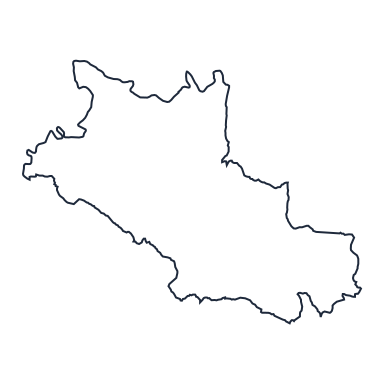 Manka, Leribe, Lesotho
{"feature_id": "5366337B27297723813", "entity_name": "Manka", "entity_type": "district", "adm_level": 2, "iso_a3": "LSO", "parent_name": "Lesotho", "parent_adm1": "Leribe", "projection": "orthographic", "projection_center": [27.816, -28.974], "detail": "fine", "context": "isolated", "style": "outline", "palette": "slate", "viewbox_px": 384, "rotation_deg": 0, "n_neighbors": 0, "source": "geoboundaries", "source_scale": "gbopen_adm2", "svg_char_len": 5889}
<svg xmlns="http://www.w3.org/2000/svg" viewBox="0 0 384 384"><path d="M320.7,317.0L321.7,313.9L322.6,312.5L324.6,311.5L329.9,312.8L330.9,312.1L331.9,310.8L332.2,309.7L332.6,308.1L332.6,305.5L333.9,304.0L336.8,301.7L344.1,299.6L343.8,298.0L342.5,295.9L342.8,294.0L344.1,294.0L346.0,295.1L350.1,295.7L352.0,296.5L353.6,296.8L355.0,296.8L355.0,294.2L356.3,293.8L357.9,293.8L359.2,292.1L361.0,288.6L360.0,287.6L358.6,287.6L357.3,287.2L356.7,285.9L355.3,284.4L356.3,282.0L355.0,281.6L354.0,280.8L353.4,279.7L353.0,278.0L353.7,275.0L355.3,273.8L357.6,268.4L357.6,266.9L358.3,263.9L358.3,258.8L357.6,256.7L357.0,255.4L353.4,252.7L351.8,251.0L351.0,250.1L350.8,248.6L351.0,244.8L354.1,237.6L352.0,234.5L349.0,234.3L344.7,234.9L343.5,233.7L341.8,233.7L340.5,232.7L339.5,233.4L316.1,231.9L313.2,230.8L312.7,229.4L309.6,227.0L308.4,225.8L306.6,225.8L302.0,227.3L299.6,227.2L295.7,228.6L293.7,228.4L291.4,226.3L288.0,220.7L287.7,219.2L286.8,218.0L286.2,214.1L286.9,212.6L287.4,209.5L287.2,207.7L287.4,203.4L287.8,201.2L288.5,200.0L288.7,197.1L287.5,194.0L288.1,190.3L287.7,188.6L287.5,183.8L287.8,182.6L286.2,182.6L284.5,183.1L283.2,184.3L281.9,184.6L280.2,187.1L277.9,187.2L275.9,188.2L274.5,187.9L269.6,184.6L266.0,183.5L264.3,182.4L262.8,182.4L261.4,181.9L259.8,180.9L258.4,179.5L256.1,180.7L254.8,180.7L253.2,180.0L252.4,179.0L251.2,179.0L250.1,178.4L249.5,176.9L248.3,176.9L246.2,176.4L244.3,175.4L242.0,168.6L240.6,166.5L239.4,165.9L237.0,163.0L234.1,163.0L232.4,162.2L231.8,160.7L230.4,160.7L228.7,161.6L226.8,165.2L226.1,161.4L224.7,161.2L222.1,162.2L222.1,160.0L225.4,156.0L226.7,155.5L228.6,151.6L228.7,147.1L227.8,145.5L228.8,142.1L227.5,141.1L226.1,138.6L225.5,135.4L225.5,132.9L225.2,130.9L226.1,126.9L225.8,125.3L226.1,120.2L226.7,115.5L226.4,114.0L226.7,107.2L225.9,105.9L225.7,104.1L227.1,95.8L229.1,87.4L229.1,85.8L227.5,84.8L225.8,84.6L223.3,81.9L222.8,75.4L221.7,72.8L220.4,71.0L219.7,70.7L215.9,71.0L213.8,72.1L213.4,73.0L214.0,75.9L213.9,78.1L214.8,79.6L214.8,81.3L214.1,82.4L212.4,83.9L207.3,86.8L204.0,91.1L202.6,91.7L200.4,91.2L199.3,90.3L196.9,85.3L194.9,82.6L191.8,76.4L190.4,74.5L188.2,72.3L187.2,71.6L186.8,71.6L186.2,73.8L186.1,76.6L186.5,80.4L186.9,81.4L189.5,85.2L189.8,86.1L189.5,87.3L188.5,87.6L184.7,86.7L182.6,87.3L181.7,88.3L181.1,89.5L178.4,92.0L178.6,92.6L174.0,96.7L171.2,100.0L169.2,101.7L167.2,102.0L163.0,100.8L158.9,97.9L156.1,95.4L154.5,95.0L151.5,95.4L149.6,96.7L147.4,97.6L140.2,97.4L134.3,93.8L133.1,92.7L131.4,91.8L130.5,90.8L130.4,89.9L130.7,88.8L132.9,86.0L133.4,84.3L133.0,81.7L132.2,81.3L129.3,81.2L127.7,81.9L124.6,82.3L122.9,82.2L121.8,81.6L119.8,79.9L117.5,79.2L113.6,79.0L107.9,77.4L104.8,75.7L103.1,72.6L101.3,71.1L98.0,69.5L95.9,67.3L90.3,64.4L89.0,63.0L86.9,61.6L84.3,61.0L79.8,61.3L76.0,60.7L74.2,61.0L73.4,61.8L73.1,63.8L73.9,67.3L73.7,71.1L74.8,77.0L75.1,80.3L77.0,82.7L78.2,87.3L79.3,88.4L83.2,86.8L85.7,87.1L86.3,87.4L88.2,88.8L90.2,91.0L92.9,95.1L92.8,96.9L91.7,101.8L91.2,107.2L89.1,110.6L87.9,111.9L86.9,114.7L85.2,117.8L82.9,120.3L80.0,122.5L78.1,124.5L78.3,125.6L78.8,126.0L85.5,129.4L85.9,130.2L85.7,131.1L84.1,133.4L83.4,136.2L82.7,136.8L79.1,137.5L71.2,137.1L68.9,137.4L65.2,137.3L64.5,136.9L63.9,135.6L64.1,133.4L63.8,132.1L60.0,128.0L59.3,127.4L58.1,127.0L57.2,127.7L56.9,128.4L57.1,130.5L59.0,132.5L61.3,134.5L62.4,136.4L62.5,137.2L62.3,137.8L61.6,138.4L58.1,138.8L57.4,138.8L55.3,136.6L52.2,131.5L51.1,130.9L50.4,131.2L47.7,136.5L45.5,142.1L43.6,143.0L39.0,144.2L37.2,145.8L36.5,147.1L36.1,149.4L36.0,151.4L35.2,152.7L34.4,152.9L32.6,152.5L28.7,149.9L27.4,150.5L27.0,152.6L27.5,154.4L28.7,155.3L30.9,156.0L31.4,156.6L31.6,158.1L31.3,162.6L30.4,163.9L29.1,164.1L25.5,163.9L24.4,164.7L24.0,165.7L23.9,168.6L23.0,173.9L23.4,175.4L24.6,176.6L27.3,178.6L29.6,179.7L29.6,176.9L30.9,176.5L34.9,176.7L35.9,176.4L36.2,174.5L39.5,175.6L42.8,175.6L44.7,176.5L47.4,176.7L50.0,176.0L51.7,176.0L54.3,178.8L54.0,180.3L54.3,181.6L55.0,182.8L54.3,184.2L55.7,184.9L55.7,186.1L57.6,186.7L57.0,188.6L57.0,190.1L59.0,194.6L60.0,195.9L63.3,198.3L64.6,200.1L66.6,202.0L67.8,202.7L73.8,204.1L79.1,199.2L81.0,199.5L84.0,200.6L86.7,202.5L88.0,202.7L89.3,203.9L90.6,204.2L92.6,205.8L94.2,206.1L94.6,207.4L98.5,209.8L101.2,212.9L103.8,213.6L105.8,215.5L107.7,215.9L113.0,222.3L114.1,223.1L115.1,223.4L115.7,224.4L118.0,225.5L118.6,226.7L120.6,227.8L122.3,229.7L122.9,230.9L126.6,232.5L127.6,231.9L128.9,231.9L130.9,233.5L133.4,237.2L134.2,240.3L133.5,241.5L135.5,241.7L136.7,243.2L139.1,244.0L141.8,242.4L142.4,240.4L143.7,238.7L145.1,238.7L145.7,241.0L146.7,242.7L149.3,241.9L150.3,244.1L152.9,245.3L153.6,246.2L154.9,246.9L155.6,248.3L156.9,249.2L157.6,251.1L160.2,252.8L161.2,254.7L162.8,256.5L167.7,257.4L170.4,258.3L171.0,259.8L174.1,261.3L174.7,263.2L175.3,267.1L177.4,271.1L177.4,273.0L176.3,277.9L169.4,284.0L168.5,286.2L170.8,289.6L171.4,291.5L173.1,292.6L174.3,294.3L176.0,297.5L180.0,299.0L180.6,300.5L181.9,300.7L182.9,299.0L184.9,298.6L187.6,296.0L189.2,295.8L189.9,294.8L191.5,295.3L192.8,294.6L195.1,294.6L195.8,295.6L196.1,296.7L197.5,297.1L200.1,300.0L200.1,302.4L202.4,300.0L203.7,298.1L205.1,297.5L207.0,297.5L208.0,298.3L209.3,298.1L210.3,299.2L211.6,300.2L214.6,300.0L216.6,300.3L217.9,299.8L221.5,299.2L222.5,298.1L225.1,297.4L225.1,298.6L226.7,298.4L230.4,298.8L231.8,299.6L233.0,299.2L235.0,299.6L240.3,297.7L245.2,298.3L250.1,300.3L252.5,303.5L255.1,304.7L256.8,307.1L261.4,309.4L261.0,312.0L262.0,312.7L268.3,312.8L270.0,313.2L271.6,314.3L273.5,314.1L274.5,315.8L282.8,319.6L285.0,320.2L286.0,321.4L289.7,323.3L290.3,321.7L291.7,320.2L293.0,320.2L294.0,321.1L294.6,320.2L299.9,316.5L300.0,313.4L300.2,312.2L301.6,310.6L302.2,306.6L301.0,301.7L301.0,299.8L299.0,295.8L297.6,294.2L298.6,293.0L300.0,292.8L302.9,293.6L304.5,293.0L306.5,293.2L307.8,295.1L309.5,296.3L310.8,301.0L311.8,302.4L312.5,304.9L315.0,306.4L317.4,309.4L317.7,311.1L319.1,312.1L320.1,313.4L320.7,317.0Z" fill="none" stroke="#1e293b" stroke-width="2"/></svg>